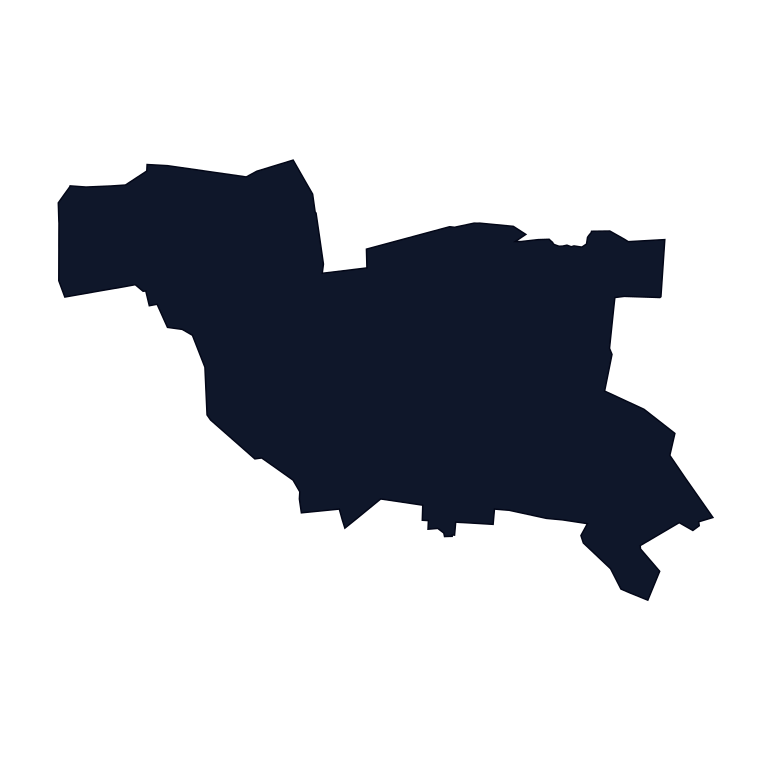 Huachinera, Sonora, Mexico (orthographic projection), rotated 173°
{"feature_id": "50627088B33572074725870", "entity_name": "Huachinera", "entity_type": "district", "adm_level": 2, "iso_a3": "MEX", "parent_name": "Mexico", "parent_adm1": "Sonora", "projection": "orthographic", "projection_center": [-108.938, 30.144], "detail": "fine", "context": "isolated", "style": "filled", "palette": "ink", "viewbox_px": 768, "rotation_deg": 173, "n_neighbors": 0, "source": "geoboundaries", "source_scale": "gbopen_adm2", "svg_char_len": 2035}
<svg xmlns="http://www.w3.org/2000/svg" viewBox="0 0 768 768"><g transform="rotate(173 384 384)"><path d="M690.2,509.2L653.6,511.1L630.4,512.2L618.8,512.9L611.8,505.4L609.1,505.4L607.4,490.3L599.5,490.8L592.0,466.6L577.6,462.8L568.2,455.7L559.7,422.5L563.4,374.9L560.5,369.4L521.3,325.4L514.4,325.5L507.3,319.1L486.0,299.7L480.7,287.3L482.0,280.2L481.7,266.2L443.6,265.3L441.9,253.9L440.4,245.7L427.2,253.9L401.3,270.3L360.3,259.0L362.6,244.1L356.6,243.0L358.0,234.5L348.2,234.1L342.8,228.8L342.5,225.2L340.0,225.0L334.9,224.5L334.7,225.9L332.4,225.4L331.1,231.4L329.7,238.1L328.2,237.9L326.3,237.5L320.5,236.5L292.8,231.4L289.6,246.4L281.0,244.6L275.1,243.4L239.1,230.8L223.4,227.4L199.1,220.6L207.0,209.6L205.5,201.9L181.6,173.0L173.8,151.6L164.5,146.2L148.5,137.3L133.2,164.5L149.5,189.0L149.4,192.4L107.9,210.4L105.5,208.6L95.3,201.0L88.4,204.9L88.4,208.9L73.8,211.4L96.3,253.7L109.0,278.3L101.3,299.5L116.5,314.7L129.0,327.2L145.6,337.5L154.1,342.8L165.9,350.1L161.1,364.5L154.1,385.6L155.7,391.4L155.8,392.0L149.8,418.1L145.9,435.0L144.3,441.7L143.7,441.7L137.7,441.7L134.9,441.7L105.8,437.2L99.6,436.2L98.5,436.9L87.7,493.1L124.2,495.5L127.9,498.5L141.2,508.3L159.4,510.3L159.9,509.0L162.4,506.7L164.1,504.8L165.5,499.8L165.7,499.1L166.1,498.1L167.7,497.4L169.6,496.4L170.9,495.9L171.1,495.8L178.6,497.9L181.4,497.4L185.5,499.5L190.0,499.1L193.5,499.4L196.9,501.1L197.5,501.4L198.8,502.3L199.4,504.0L201.3,506.1L202.4,507.5L213.4,508.5L231.0,508.7L236.4,509.4L225.0,515.2L236.4,524.7L269.4,532.0L272.0,532.2L274.9,532.7L293.3,531.1L294.6,530.9L299.7,532.1L385.0,520.0L386.8,501.3L431.8,501.4L429.5,510.4L430.0,534.4L430.6,561.6L430.6,561.9L431.4,563.1L431.7,581.2L437.3,594.4L446.9,617.3L484.3,610.7L495.5,606.3L572.3,627.1L585.1,629.4L592.4,630.7L593.5,624.3L616.4,613.0L630.7,613.8L655.7,615.8L671.4,618.9L671.6,618.4L672.2,617.6L678.8,610.5L685.2,603.5L685.8,596.8L686.8,586.1L687.0,583.2L688.6,570.8L688.6,570.7L689.8,561.2L690.3,557.0L694.2,526.2L690.2,509.2Z" fill="#0f172a" stroke="#020617" stroke-width="1.5"/></g></svg>